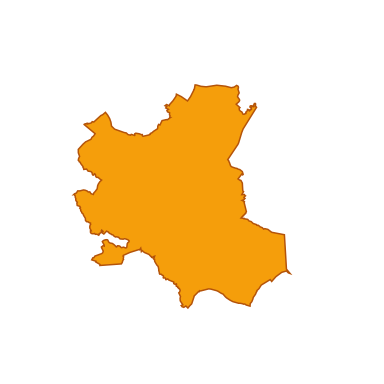 Tototlán, Jalisco, Mexico, rotated 215°
{"feature_id": "50627088B76756657646765", "entity_name": "Tototlán", "entity_type": "district", "adm_level": 2, "iso_a3": "MEX", "parent_name": "Mexico", "parent_adm1": "Jalisco", "projection": "albers", "projection_center": [-102.723, 20.538], "detail": "fine", "context": "isolated", "style": "filled", "palette": "amber", "viewbox_px": 384, "rotation_deg": 215, "n_neighbors": 0, "source": "geoboundaries", "source_scale": "gbopen_adm2", "svg_char_len": 6078}
<svg xmlns="http://www.w3.org/2000/svg" viewBox="0 0 384 384"><g transform="rotate(215 192 192)"><path d="M287.4,122.1L287.0,122.5L286.5,122.4L285.9,121.8L285.4,121.8L284.4,120.5L283.4,120.0L282.6,118.7L281.0,117.9L280.1,117.9L279.8,116.7L278.3,115.1L275.6,115.9L275.2,115.7L274.5,115.3L274.7,114.4L273.2,113.9L272.4,112.8L271.1,112.4L270.3,111.7L268.8,111.6L267.3,110.6L264.3,109.3L262.9,107.6L262.3,107.4L260.9,107.3L260.1,108.0L258.8,107.9L257.3,108.3L256.9,107.5L256.5,107.4L256.4,106.2L255.7,104.7L254.8,103.7L252.3,102.4L252.9,101.9L252.0,100.7L250.9,100.3L250.0,100.5L248.8,101.3L248.1,101.8L248.0,102.1L246.9,101.9L246.3,102.5L245.3,102.9L243.6,103.1L243.7,104.7L244.0,104.7L243.2,106.8L243.3,108.0L244.0,108.1L244.1,109.0L242.2,108.7L242.3,107.0L240.1,107.0L239.5,111.0L238.4,111.0L237.5,111.3L236.8,110.9L235.1,110.9L234.3,111.2L233.5,111.0L232.2,111.5L230.3,111.1L228.8,111.3L228.2,112.0L226.4,112.7L225.5,112.7L224.5,112.3L223.7,112.5L221.3,113.9L220.5,115.0L219.7,115.4L217.2,116.1L215.5,115.9L215.1,115.1L215.5,113.6L215.4,112.5L213.8,109.5L213.7,108.8L214.2,108.1L216.4,107.6L217.8,106.0L218.6,105.9L220.0,106.2L220.9,106.0L222.1,105.3L222.3,104.8L222.2,103.8L222.7,103.6L225.1,104.1L227.1,104.2L228.0,104.1L229.3,103.4L230.6,103.1L231.7,103.3L233.4,104.3L233.9,104.3L235.0,103.7L236.3,102.2L236.8,101.2L237.0,99.9L233.5,98.2L232.9,97.4L233.8,97.2L234.1,96.9L234.2,96.2L234.7,95.1L234.3,94.6L234.0,94.7L233.8,94.3L230.8,92.7L230.3,91.0L230.6,89.8L234.8,83.8L234.7,81.9L235.5,81.2L235.2,78.9L230.9,80.2L230.7,79.5L225.8,79.9L225.3,79.0L208.6,92.6L208.7,94.2L209.4,96.3L209.4,97.5L210.0,97.8L210.9,99.8L211.7,99.9L211.9,100.7L208.2,106.9L202.6,114.2L201.8,114.5L201.8,116.6L199.4,114.2L199.4,115.4L198.9,115.5L197.9,115.2L196.1,115.2L191.4,116.2L188.7,115.6L188.3,115.8L187.6,115.3L186.9,115.5L186.5,117.0L185.8,118.0L185.2,116.2L185.3,115.2L184.1,115.0L183.9,115.2L183.0,114.0L182.2,113.5L178.9,112.0L177.0,111.6L174.9,109.6L174.2,108.6L172.7,107.4L171.9,106.5L171.4,106.2L169.9,107.0L168.5,106.7L167.9,107.0L167.3,106.9L166.9,106.5L166.5,105.4L166.2,105.2L165.7,105.4L164.8,106.2L164.0,106.1L163.3,105.2L162.9,105.4L162.0,106.9L160.5,106.6L155.3,107.8L154.4,106.5L152.9,106.7L152.2,107.8L151.8,107.7L151.5,106.6L151.0,105.9L150.6,105.8L149.5,106.4L148.9,105.6L148.0,105.8L147.6,105.3L146.8,105.6L145.3,104.7L144.8,103.1L145.0,101.8L141.5,99.8L140.8,98.1L139.2,96.1L134.8,94.3L135.7,92.8L134.1,92.3L133.1,92.8L132.6,92.8L131.6,95.1L128.8,94.6L128.6,97.5L128.1,100.2L130.3,107.5L130.6,107.8L129.5,114.3L129.0,114.4L129.1,115.6L128.3,115.8L122.8,122.2L120.8,123.3L115.2,125.3L113.7,125.6L109.8,125.8L108.1,126.2L104.6,125.3L103.0,125.1L99.0,125.2L95.7,125.6L90.0,127.6L88.7,128.5L86.5,129.5L85.6,129.6L84.5,130.5L82.8,130.5L79.0,131.8L80.3,134.0L80.1,136.5L80.8,139.5L81.2,140.3L81.4,141.7L81.3,142.9L81.4,145.2L81.8,146.4L81.9,148.0L82.3,148.5L81.7,151.1L81.9,155.5L77.7,165.1L75.4,164.4L74.7,170.8L72.4,177.7L69.3,181.5L66.7,181.0L64.9,181.5L70.4,183.0L91.8,210.0L103.6,204.7L108.4,204.9L111.4,203.7L112.0,202.7L114.0,203.1L116.4,202.5L117.0,202.7L118.9,202.7L119.4,202.0L119.9,201.9L120.5,202.3L123.8,201.3L126.6,201.7L128.6,201.0L130.7,201.5L134.2,199.9L134.3,200.2L136.9,198.8L136.7,200.8L136.2,202.1L136.5,202.2L135.8,205.0L136.1,205.0L136.1,207.0L143.6,213.6L143.4,214.0L143.5,214.2L146.0,213.9L145.4,214.6L145.6,214.8L145.1,215.7L144.9,217.1L146.2,217.1L146.4,217.9L146.0,219.5L146.8,219.5L147.6,220.0L149.7,218.4L150.0,221.9L151.0,222.0L155.9,228.2L158.5,229.5L159.0,229.5L159.3,229.1L161.8,229.1L161.5,235.3L160.3,235.1L160.2,235.8L162.5,237.6L165.7,237.8L167.2,237.2L168.9,237.1L169.3,236.7L173.4,235.5L174.6,235.4L175.6,235.7L178.5,237.8L179.1,238.0L179.9,238.7L181.3,239.0L181.7,257.4L182.0,259.0L185.4,269.3L186.3,273.0L187.7,298.4L189.2,298.7L190.5,300.7L191.1,300.8L191.7,300.2L191.4,299.6L191.4,298.1L190.5,297.9L190.3,297.2L191.1,296.9L191.4,297.1L191.4,296.8L192.1,296.5L192.5,296.8L193.0,296.6L193.6,296.0L193.6,295.4L193.0,294.7L192.5,294.7L191.8,295.2L191.5,294.4L190.8,294.1L190.7,293.6L191.7,292.7L191.7,292.4L191.2,291.9L191.4,291.4L192.0,291.4L193.3,291.8L193.9,291.5L193.4,290.5L193.4,289.2L193.7,288.2L193.0,287.6L192.9,287.1L193.5,286.5L193.8,285.6L194.8,285.0L197.2,286.2L198.6,286.0L200.2,286.3L201.3,287.6L201.1,288.6L206.2,289.3L205.4,292.4L205.4,294.1L206.2,295.0L209.3,296.1L210.0,297.9L210.1,299.8L210.3,300.3L213.4,302.7L213.6,303.8L214.3,304.7L215.1,305.1L216.6,304.9L217.6,302.2L219.6,300.0L225.2,297.9L232.9,293.7L240.7,286.3L245.3,283.7L249.5,282.3L250.9,281.5L249.1,277.6L249.3,277.1L249.0,276.8L247.9,269.2L247.9,264.0L255.4,264.0L260.9,263.2L260.0,261.3L259.9,255.9L260.5,250.9L260.1,249.6L263.0,249.1L263.6,247.2L261.7,247.5L261.7,245.8L258.7,246.2L259.3,244.4L258.0,243.6L255.8,244.1L254.7,242.3L253.7,241.9L252.9,240.0L252.5,240.3L253.6,237.1L254.5,236.6L257.5,233.3L256.7,228.5L258.1,228.2L257.8,226.3L256.7,224.6L256.6,223.8L258.3,219.7L258.8,217.5L259.7,216.1L259.7,215.6L259.3,215.2L260.2,213.8L264.1,209.5L264.8,209.6L265.5,210.4L265.6,210.2L268.7,209.4L271.8,207.9L272.3,206.8L271.4,205.7L271.4,205.4L274.6,204.5L274.9,204.2L274.9,203.3L277.5,202.3L279.6,202.7L281.7,201.8L291.4,199.1L295.7,199.8L298.5,202.7L301.6,204.9L305.2,206.6L308.6,207.6L309.5,204.1L310.5,202.4L312.6,193.0L314.1,192.4L314.1,191.0L314.6,190.2L316.6,187.8L316.9,188.4L317.5,188.0L317.8,187.3L318.4,186.8L319.1,185.8L319.1,185.4L304.8,184.2L304.7,181.4L305.3,179.5L305.0,177.2L307.9,172.1L308.7,168.7L309.6,161.7L307.6,158.9L304.5,156.7L304.1,154.4L303.4,152.8L302.2,152.5L301.7,152.1L300.5,152.2L299.6,151.5L295.8,150.3L295.4,149.6L294.5,149.3L293.6,148.4L291.5,150.3L289.1,149.5L286.6,150.7L285.1,150.6L284.0,149.5L283.0,149.0L282.5,149.2L282.3,149.7L282.4,151.0L281.9,151.1L281.0,150.8L280.1,149.8L279.1,149.3L278.3,149.4L277.4,150.1L274.7,149.8L272.9,149.9L273.4,147.3L273.3,144.7L272.9,143.0L271.5,140.2L271.6,136.7L271.9,135.1L271.4,133.4L273.8,132.7L275.8,133.5L277.0,132.5L278.4,132.7L280.5,132.2L282.1,131.4L284.5,128.6L286.3,127.3L286.1,124.9L287.2,123.2L287.4,122.1Z" fill="#f59e0b" stroke="#b45309" stroke-width="1.5"/></g></svg>